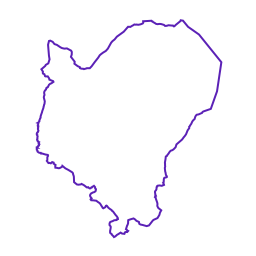 Alkaleri, Bauchi, Nigeria (Natural Earth projection), rotated 272°
{"feature_id": "59680162B61092998371306", "entity_name": "Alkaleri", "entity_type": "district", "adm_level": 2, "iso_a3": "NGA", "parent_name": "Nigeria", "parent_adm1": "Bauchi", "projection": "natural_earth1", "projection_center": [10.354, 9.865], "detail": "fine", "context": "isolated", "style": "outline", "palette": "violet", "viewbox_px": 256, "rotation_deg": 272, "n_neighbors": 0, "source": "geoboundaries", "source_scale": "gbopen_adm2", "svg_char_len": 5551}
<svg xmlns="http://www.w3.org/2000/svg" viewBox="0 0 256 256"><g transform="rotate(272 128 128)"><path d="M231.2,184.5L237.2,179.2L237.5,176.9L236.6,176.6L232.7,172.1L231.3,170.8L231.2,170.1L232.0,169.3L231.9,168.5L232.1,164.9L231.5,163.2L231.3,161.5L232.3,160.3L232.7,158.8L233.1,157.2L233.1,155.6L232.8,154.0L233.0,152.5L234.1,150.7L234.7,149.4L235.4,148.8L235.4,148.2L236.0,147.7L235.2,139.4L233.8,139.6L233.0,139.1L232.1,137.1L231.8,136.0L231.5,134.6L231.7,132.9L231.5,132.3L231.7,130.8L231.5,130.4L231.0,129.9L230.5,128.9L229.1,126.8L229.2,126.3L229.1,125.0L229.2,124.6L228.9,124.3L224.1,120.4L218.9,113.7L216.0,111.5L214.3,109.5L212.7,108.2L206.6,105.1L204.2,103.1L202.5,100.5L200.9,98.5L199.7,97.2L197.3,95.8L192.8,92.5L188.4,89.5L186.4,87.7L186.3,84.7L186.1,84.4L185.3,81.9L185.6,81.4L185.7,79.2L186.2,77.9L187.1,77.8L188.1,75.5L190.4,72.2L192.4,72.4L197.1,68.5L199.4,69.2L202.0,69.2L203.3,68.5L205.4,64.2L205.1,61.6L205.6,59.1L206.4,57.5L208.6,54.0L209.3,51.6L211.5,49.7L212.6,47.2L212.2,46.0L208.4,45.2L197.4,46.5L193.9,47.2L189.8,46.1L188.2,43.6L187.1,43.1L183.7,39.4L181.4,41.0L180.0,40.9L179.4,41.2L178.8,42.6L176.9,43.3L176.7,43.7L176.8,46.0L174.6,47.6L174.2,47.6L173.6,47.7L172.2,51.6L171.5,51.9L170.0,49.9L169.5,48.7L168.4,47.5L166.1,46.5L166.1,46.2L165.9,45.9L165.5,45.7L165.2,45.1L164.8,45.1L164.3,44.8L163.6,44.7L163.4,44.4L162.5,43.7L161.8,43.3L160.9,43.0L160.0,43.0L158.1,43.4L156.8,42.9L155.5,42.8L151.8,43.9L149.2,43.7L148.2,43.3L146.9,43.1L146.4,42.9L145.3,42.8L141.8,41.7L140.7,41.5L139.5,41.1L137.2,40.4L135.9,40.2L135.3,40.3L135.0,40.2L134.6,39.9L134.1,39.7L133.6,39.6L133.1,39.4L132.7,39.2L132.3,39.1L132.2,39.2L131.5,39.2L130.3,38.1L130.0,37.6L129.9,37.9L129.9,38.2L129.8,38.3L129.7,38.3L129.2,38.2L128.8,38.1L128.3,38.0L128.0,38.0L127.8,37.8L127.1,38.2L126.9,37.8L126.4,37.9L126.3,38.0L126.2,38.0L125.8,38.3L125.0,38.0L124.6,38.2L124.2,38.0L123.7,38.0L122.2,38.6L121.8,38.5L121.4,38.1L121.2,38.1L120.5,38.0L120.4,37.9L120.2,37.4L119.8,37.2L119.4,37.1L119.1,37.0L118.8,37.0L118.5,37.1L118.2,37.1L117.9,37.2L117.8,37.4L117.7,37.7L116.9,37.7L116.7,37.8L116.3,37.9L116.2,37.9L116.1,38.0L115.7,37.9L115.4,37.8L114.8,37.7L114.6,37.8L114.0,37.9L113.8,37.8L113.6,37.6L113.4,37.5L113.1,37.6L112.8,37.8L112.4,37.8L112.2,37.8L112.0,38.1L111.7,38.3L111.6,38.7L111.5,38.8L111.2,38.8L110.9,38.9L111.0,39.2L110.9,39.4L110.8,39.6L110.4,39.3L109.9,39.1L109.7,39.4L109.5,39.6L108.6,40.0L108.5,39.9L108.5,39.7L108.4,39.7L108.2,39.5L108.1,39.4L107.4,39.6L107.2,39.1L106.9,39.0L106.7,38.7L106.4,38.7L106.2,38.6L106.2,38.4L105.9,38.3L105.9,38.0L105.8,37.8L105.3,37.6L105.1,37.9L105.1,37.6L104.8,37.7L104.5,37.5L104.3,37.5L103.7,37.5L103.4,37.6L103.1,37.6L102.9,37.9L102.7,38.0L102.3,38.1L102.0,38.4L101.8,38.5L101.3,38.4L101.0,38.8L100.8,39.0L100.5,39.4L100.3,39.9L100.1,40.4L100.1,41.8L99.8,42.0L99.4,42.1L99.5,43.1L98.6,46.5L98.3,48.8L97.4,49.1L96.0,48.4L93.1,48.5L92.3,48.0L90.2,49.7L90.4,50.6L90.0,52.1L91.3,53.4L90.8,54.9L89.8,54.9L88.5,56.9L87.4,56.6L85.8,56.8L85.7,58.4L85.4,59.7L85.5,61.0L86.9,63.4L87.9,63.7L85.5,66.8L84.0,69.9L82.4,72.7L81.7,73.9L80.8,74.6L80.0,74.7L79.2,75.0L78.2,75.4L77.3,75.6L72.0,76.0L69.8,78.9L69.7,79.8L69.6,80.4L70.0,82.9L70.5,83.5L69.5,85.6L68.6,87.0L67.6,88.3L67.1,89.2L67.5,90.2L66.7,91.1L66.3,91.7L66.4,92.7L67.4,93.5L67.4,94.1L68.2,94.6L68.4,95.3L69.0,96.0L67.7,97.2L66.9,97.2L66.3,97.4L65.8,98.1L65.1,98.1L63.6,97.7L62.7,96.4L62.4,95.3L61.9,94.5L61.4,93.5L60.3,92.7L59.5,92.4L58.2,92.7L56.9,93.7L56.5,94.1L55.9,93.5L55.7,93.3L55.4,93.4L55.2,93.2L54.5,93.8L54.5,95.8L54.2,98.9L53.2,100.2L51.9,102.3L50.7,103.3L49.7,103.9L48.0,105.1L47.3,105.5L46.9,106.1L48.0,108.0L49.4,108.6L49.7,109.1L49.5,109.6L47.5,111.3L46.1,113.3L45.5,114.4L44.7,114.9L44.0,116.0L40.8,118.5L39.2,120.0L37.6,121.0L36.6,121.1L36.3,119.9L36.0,119.7L35.6,119.7L35.3,117.4L34.4,115.9L33.8,114.3L33.3,113.4L32.1,112.9L30.4,112.9L29.0,114.1L27.8,114.2L25.6,113.9L24.6,113.7L22.7,113.8L22.2,114.2L21.4,115.4L20.9,115.5L19.4,117.1L18.5,117.8L18.8,118.3L19.2,119.1L20.8,120.7L21.6,122.0L23.2,124.3L22.3,125.7L22.1,128.1L23.6,128.6L24.0,129.5L24.0,130.8L25.1,131.7L25.5,130.9L26.4,130.2L26.8,129.5L30.4,130.5L31.1,130.9L32.7,131.4L35.9,131.4L36.0,131.5L37.0,134.2L37.8,136.7L36.9,138.2L35.5,139.7L34.5,142.2L32.7,142.6L32.3,143.2L31.9,144.1L31.9,144.3L31.6,146.0L30.6,150.1L31.4,152.4L36.5,156.1L36.8,156.5L37.1,156.8L39.0,160.6L42.2,162.4L44.5,162.9L46.9,164.1L49.1,161.1L50.5,160.3L51.2,160.0L53.1,160.1L54.5,159.8L58.3,158.3L59.3,158.1L59.9,157.3L60.8,157.7L61.1,158.3L61.8,158.0L62.0,157.6L62.8,157.6L63.8,157.4L64.8,157.2L65.3,157.2L66.2,157.6L66.9,158.2L67.9,158.6L68.5,158.6L69.2,158.6L70.0,158.7L70.4,159.2L70.9,159.1L71.4,159.7L71.7,161.7L71.4,163.8L72.4,166.0L73.1,165.8L73.5,165.5L73.6,165.3L73.9,165.3L74.6,165.4L74.8,165.2L75.0,165.5L76.4,165.6L76.7,165.6L77.1,165.5L77.8,165.6L78.8,165.7L79.5,166.1L80.1,168.2L80.5,168.6L81.4,168.3L82.3,167.6L83.0,167.4L84.6,167.1L85.8,166.7L87.8,166.4L89.4,166.2L90.8,166.5L92.2,166.3L93.5,166.3L94.4,166.1L95.5,166.2L98.4,166.6L100.2,166.7L100.8,166.8L101.2,167.3L101.3,167.7L101.7,168.0L102.1,168.1L103.7,169.3L105.7,170.5L106.8,171.5L107.4,173.1L108.3,174.3L110.4,176.2L110.7,176.3L113.3,177.0L118.2,182.3L119.7,183.4L120.4,183.8L121.9,185.0L123.7,186.2L125.6,186.9L127.8,187.7L130.0,189.2L131.4,189.1L131.8,189.6L132.6,189.9L134.4,191.1L136.2,191.8L137.0,192.2L138.1,193.0L139.2,194.2L141.8,194.9L142.5,195.3L143.6,196.1L144.1,198.2L145.7,201.5L146.4,201.8L147.1,202.6L150.0,210.1L167.8,215.7L197.0,219.0L223.9,195.7L231.2,184.5Z" fill="none" stroke="#5b21b6" stroke-width="2"/></g></svg>